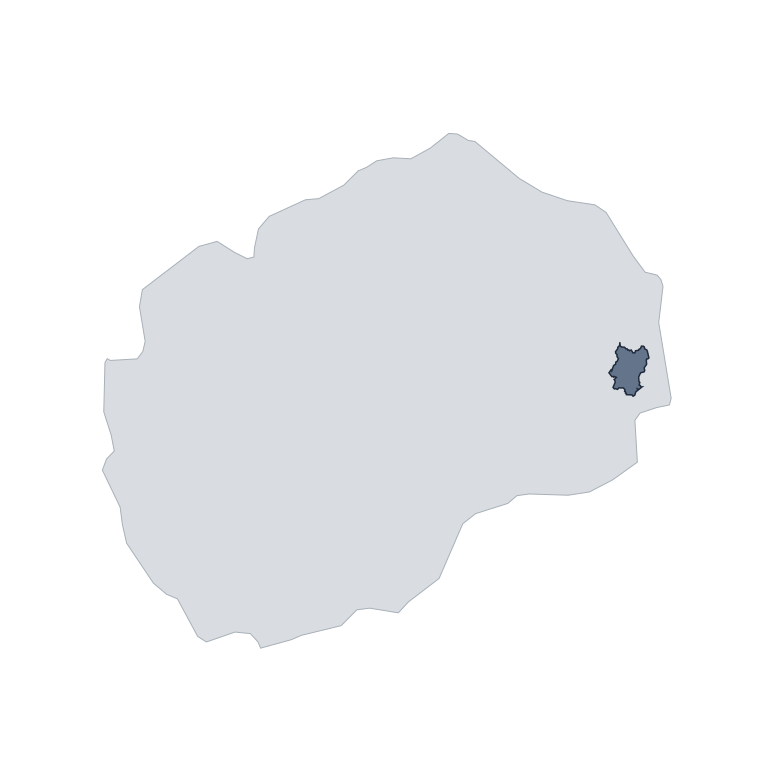 Bosilovo, Bosilovo, North Macedonia (highlighted), rotated 347°
{"feature_id": "65306769B43786994605209", "entity_name": "Bosilovo", "entity_type": "district", "adm_level": 2, "iso_a3": "MKD", "parent_name": "North Macedonia", "parent_adm1": "Bosilovo", "projection": "orthographic", "projection_center": [22.779, 41.481], "detail": "fine", "context": "in_parent", "style": "filled", "palette": "slate", "viewbox_px": 768, "rotation_deg": 347, "n_neighbors": 0, "source": "geoboundaries", "source_scale": "gbopen_adm2", "svg_char_len": 2184}
<svg xmlns="http://www.w3.org/2000/svg" viewBox="0 0 768 768"><g transform="rotate(347 384 384)"><path d="M349.3,186.9L362.0,188.7L389.6,181.2L406.8,170.5L415.6,169.0L427.2,164.9L443.9,165.7L460.8,170.6L482.3,164.5L503.5,154.4L511.9,157.0L521.0,165.7L527.1,168.1L561.9,214.0L581.1,232.6L603.8,246.6L629.8,256.9L639.0,266.8L655.6,315.4L663.6,333.8L674.6,339.3L677.3,344.6L677.8,351.7L665.5,385.9L660.6,462.5L657.4,468.6L644.4,468.3L627.0,469.9L620.3,475.8L613.3,517.1L585.3,528.8L559.8,535.4L538.4,533.8L500.7,523.8L488.4,522.7L477.8,528.2L444.1,530.9L429.3,537.9L394.0,585.8L358.6,601.9L346.5,610.2L319.7,599.2L306.8,597.9L287.9,609.8L247.0,610.3L235.9,612.3L204.4,613.6L203.2,606.9L197.6,597.1L183.0,592.2L152.9,595.4L145.7,588.1L134.4,546.9L124.9,540.1L114.5,526.1L97.4,481.2L97.5,461.7L99.2,444.7L90.2,404.6L96.7,394.7L106.1,388.6L106.7,372.5L104.7,348.1L116.9,300.5L120.0,297.1L122.7,299.5L149.2,304.0L156.3,298.1L160.9,288.7L163.1,253.7L169.8,237.7L234.6,208.3L253.5,207.5L267.7,221.9L278.9,231.2L285.8,231.0L288.5,222.0L296.6,204.6L309.9,194.8L349.0,186.8L349.3,186.9Z" fill="#d9dde1" stroke="#a8b0b8" stroke-width="1"/><path d="M623.2,396.3L622.2,399.5L620.1,400.8L619.5,402.4L616.9,404.5L616.7,406.3L617.6,407.5L617.2,409.9L618.1,411.9L616.3,414.4L614.9,414.7L614.0,416.9L611.9,417.6L608.8,422.5L608.4,421.3L605.7,423.7L607.7,428.1L609.1,428.3L609.4,429.0L610.1,428.5L611.9,429.8L609.2,431.5L609.8,432.4L609.6,434.4L606.4,438.8L607.3,440.6L608.3,440.5L610.3,441.8L612.0,440.6L616.4,441.7L617.5,443.9L616.8,445.2L617.5,445.7L617.2,447.1L617.9,447.4L617.7,448.9L623.2,450.4L623.9,451.9L625.7,451.4L627.7,448.2L628.5,447.8L629.9,447.4L629.7,445.6L631.2,446.6L634.7,444.9L633.7,444.8L633.5,443.3L632.4,442.5L633.6,439.9L633.0,439.1L633.7,434.5L636.5,430.8L640.1,430.7L641.1,429.5L641.1,426.8L644.3,423.9L645.0,419.6L645.6,418.7L646.7,418.9L648.0,418.2L648.0,411.2L647.7,409.9L645.9,408.4L646.0,406.6L645.4,405.6L643.4,405.0L641.9,407.1L640.1,407.6L639.5,408.4L636.5,408.2L635.5,410.0L633.7,409.8L632.5,406.5L630.7,406.8L630.3,405.9L629.1,405.8L628.9,404.5L627.6,404.1L626.7,402.3L624.2,401.5L622.7,400.2L623.2,396.3Z" fill="#64748b" stroke="#1e293b" stroke-width="1.5"/></g></svg>